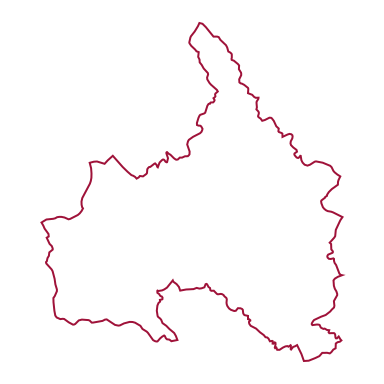 Yen Bai, Yên Bái, Vietnam (Mercator projection)
{"feature_id": "81297802B89523168412992", "entity_name": "Yen Bai", "entity_type": "district", "adm_level": 2, "iso_a3": "VNM", "parent_name": "Vietnam", "parent_adm1": "Yên Bái", "projection": "mercator", "projection_center": [104.898, 21.722], "detail": "fine", "context": "isolated", "style": "outline", "palette": "rose", "viewbox_px": 384, "rotation_deg": 0, "n_neighbors": 0, "source": "geoboundaries", "source_scale": "gbopen_adm2", "svg_char_len": 5996}
<svg xmlns="http://www.w3.org/2000/svg" viewBox="0 0 384 384"><path d="M341.4,340.4L340.4,339.3L338.7,336.5L336.9,338.4L335.9,338.3L335.5,337.6L335.1,334.3L334.4,333.3L333.8,333.1L329.3,333.2L328.6,332.3L329.2,330.2L327.1,330.0L324.7,328.6L323.4,328.9L321.3,327.9L320.7,327.4L319.7,325.1L319.0,324.7L317.1,324.5L312.4,325.1L311.8,324.4L311.8,323.4L313.0,321.3L314.1,320.0L321.1,316.7L325.7,315.0L330.2,311.5L331.7,309.7L334.0,307.5L334.4,305.7L333.9,301.1L337.2,295.2L337.2,293.9L336.4,291.4L334.8,288.7L333.9,285.8L333.5,280.4L334.9,278.6L337.9,276.8L342.1,275.2L340.7,274.9L339.4,273.6L336.1,265.0L334.6,262.9L334.0,260.8L334.0,258.9L333.4,258.4L330.7,259.0L328.9,258.8L327.7,257.7L327.3,256.7L327.5,255.6L328.2,254.6L332.5,252.8L332.9,252.1L332.8,251.3L331.3,249.4L331.1,244.0L329.7,242.7L334.3,237.6L335.2,236.1L335.8,229.9L340.3,220.3L342.5,217.1L333.1,212.4L331.2,211.7L327.7,211.1L325.9,210.2L324.1,208.7L322.9,207.2L321.4,203.3L321.1,201.2L321.5,200.4L325.0,197.7L325.2,197.0L327.0,195.8L327.1,194.7L328.8,192.1L331.8,189.1L337.9,184.7L338.0,181.9L338.5,180.1L340.3,176.4L337.3,174.5L334.6,172.3L333.4,170.9L331.6,167.2L330.2,165.8L322.7,162.7L316.0,161.4L314.7,161.7L310.0,164.7L307.5,165.6L304.6,164.7L302.6,162.6L301.4,160.2L300.7,155.9L300.3,155.8L299.0,157.5L298.1,158.0L296.6,157.5L294.7,155.3L294.3,154.1L294.6,153.4L297.0,151.7L296.5,149.9L293.2,147.4L291.0,145.1L290.5,143.4L290.8,141.3L292.3,138.4L292.6,136.6L292.4,135.3L291.4,134.3L289.5,133.9L287.6,134.5L282.5,136.9L282.4,133.7L281.8,133.1L278.9,132.0L278.4,131.3L278.7,128.5L276.3,126.3L273.8,120.9L271.8,118.3L271.0,117.8L269.4,117.7L264.9,120.0L262.2,120.8L260.6,118.6L258.6,117.2L258.1,116.5L258.1,115.9L258.8,113.7L258.8,112.4L258.3,111.4L256.4,109.4L256.9,107.4L256.5,102.7L256.7,101.5L258.4,98.8L258.5,97.7L255.7,97.8L254.1,96.9L252.2,94.8L248.0,93.2L248.3,88.9L248.0,87.9L244.1,84.8L241.8,83.6L240.7,83.4L239.4,82.4L239.2,79.3L241.2,75.2L241.2,73.5L241.0,72.6L238.9,69.2L239.1,65.5L238.0,64.1L233.9,60.7L231.7,59.9L231.5,58.9L231.8,57.7L231.8,54.6L231.5,53.7L230.2,52.5L228.3,51.5L227.2,47.5L226.0,45.2L220.4,39.9L218.7,37.1L217.1,36.6L213.5,36.6L205.8,27.1L202.5,23.8L199.4,23.0L198.0,26.1L194.7,31.5L191.0,36.2L190.4,37.5L189.3,42.4L189.5,43.3L191.2,45.8L195.2,49.6L196.5,51.3L198.7,52.1L198.2,56.9L199.5,59.5L199.7,62.4L201.7,64.9L203.7,68.5L207.9,73.1L208.1,74.5L207.1,77.5L207.3,79.4L209.5,83.0L211.0,84.7L216.9,89.9L217.8,91.5L215.4,93.6L215.1,94.4L215.4,96.4L214.7,97.3L213.5,98.2L214.6,100.1L214.1,101.4L213.1,102.4L210.7,102.5L210.3,102.8L210.0,103.7L208.6,103.9L207.4,105.7L205.2,112.7L204.1,113.5L200.3,114.8L199.6,115.5L198.5,117.8L196.9,123.0L197.0,125.0L198.4,125.6L200.2,125.7L201.2,126.4L202.5,128.8L202.3,129.9L201.5,131.8L200.1,133.2L193.1,136.8L188.9,139.8L188.0,141.3L187.2,144.5L189.6,151.5L189.5,154.3L188.9,155.2L187.8,156.2L184.9,156.3L182.1,157.6L179.8,157.6L177.8,159.5L176.5,159.7L175.7,159.5L173.9,158.2L170.4,154.7L168.9,153.9L167.0,152.1L166.7,152.2L166.4,152.6L166.4,153.4L168.0,158.2L167.1,162.1L166.8,162.3L165.6,161.8L164.4,160.1L163.7,159.6L163.0,159.5L162.0,160.1L159.6,162.5L157.8,167.3L157.3,166.9L156.5,164.8L155.1,163.4L154.4,163.7L150.3,166.9L149.2,167.0L148.2,167.9L147.3,169.2L147.0,173.0L146.3,174.0L143.0,176.4L139.9,176.0L138.6,177.5L136.6,178.6L135.2,177.0L133.3,175.8L131.4,175.1L127.5,171.7L122.7,167.0L112.8,155.8L107.7,160.4L104.6,163.8L97.0,161.5L93.9,161.7L89.7,162.8L91.1,168.2L91.5,173.5L91.4,177.8L90.8,181.0L89.9,183.7L82.3,198.0L81.5,201.5L81.6,204.8L82.2,207.3L83.0,208.4L81.6,211.0L79.7,213.4L77.8,215.0L70.2,218.9L68.5,219.3L64.5,217.5L61.5,216.9L59.0,216.9L57.1,217.2L55.2,218.3L53.2,218.8L46.4,219.5L41.5,222.5L43.3,225.6L44.6,228.6L48.5,234.0L48.7,236.5L46.7,237.7L49.6,243.9L51.8,246.1L52.7,248.5L52.7,249.6L49.3,252.4L48.9,255.8L47.5,258.1L46.8,261.3L46.1,261.9L46.0,262.4L46.3,263.5L51.6,269.4L52.6,271.2L54.6,278.8L55.4,284.4L56.9,289.4L56.9,291.2L54.7,296.2L53.4,298.0L53.5,302.2L54.4,310.8L55.3,315.6L56.7,317.5L60.3,319.1L62.8,318.8L64.2,319.0L68.7,322.3L72.9,324.6L73.9,324.6L75.2,324.0L78.8,320.4L81.9,319.6L88.5,320.1L89.7,320.6L91.7,322.6L93.0,322.6L102.5,320.9L105.0,319.6L106.7,319.4L115.0,324.9L118.3,325.6L119.9,325.4L124.0,323.4L127.4,322.5L129.6,321.9L132.6,322.0L135.1,322.7L140.4,325.8L142.5,329.0L146.7,331.6L147.9,332.8L153.1,340.1L154.9,341.1L156.3,341.5L157.5,341.4L160.1,338.4L162.1,336.7L164.1,335.5L164.8,336.0L165.9,338.3L167.0,339.3L169.4,339.6L171.4,341.2L177.4,340.0L175.9,336.0L174.2,333.0L169.4,329.0L166.3,325.8L162.5,323.1L161.2,319.8L160.1,318.5L158.2,317.0L157.6,316.0L156.8,310.7L157.4,305.6L158.5,303.0L160.1,301.6L159.9,299.9L161.9,299.5L162.4,299.2L162.5,298.2L162.5,297.5L161.8,296.5L160.6,296.1L159.9,295.4L159.3,294.2L157.4,292.8L157.3,290.9L157.5,290.6L158.3,291.0L162.1,290.4L164.3,289.4L167.0,287.6L172.8,280.4L173.3,281.7L176.6,284.1L178.9,286.9L180.2,290.6L186.1,289.5L193.5,289.1L196.7,287.9L199.4,288.6L201.6,288.3L204.4,287.3L205.6,284.2L206.4,283.9L207.1,284.3L208.5,287.0L210.0,288.0L210.4,290.2L211.3,290.8L213.8,290.7L216.9,293.9L217.9,294.3L220.9,293.9L222.2,294.2L223.6,295.1L224.4,296.3L226.3,297.9L226.8,299.2L226.5,302.8L226.8,304.6L227.5,306.3L229.1,308.5L230.9,309.8L234.2,311.0L235.8,310.8L237.9,308.2L240.5,308.3L242.1,309.0L242.8,309.8L243.2,313.2L243.8,314.4L244.5,315.1L248.0,315.9L248.0,319.1L249.3,319.3L250.3,320.2L250.3,320.7L249.1,321.4L249.0,322.4L249.3,323.8L250.7,325.8L256.1,328.6L260.0,332.3L263.8,335.1L265.5,337.2L267.3,337.5L268.5,338.6L269.9,341.3L272.1,340.9L272.7,341.2L272.6,343.6L273.5,343.7L274.5,342.4L275.4,342.7L275.6,344.1L274.8,347.7L275.1,348.1L275.7,347.5L276.3,347.4L277.2,349.8L279.6,349.8L282.9,347.6L285.4,346.4L287.4,346.1L288.4,346.7L290.6,345.2L290.9,345.6L290.7,349.1L291.1,349.5L293.2,346.9L294.8,346.4L297.1,345.1L301.5,354.2L303.9,361.0L308.7,360.7L315.2,358.1L319.4,356.1L322.2,352.9L327.1,352.8L329.8,353.4L331.3,352.2L333.3,349.6L335.6,348.3L335.8,343.5L337.6,342.2L339.9,341.7L341.4,340.4Z" fill="none" stroke="#9f1239" stroke-width="2"/></svg>